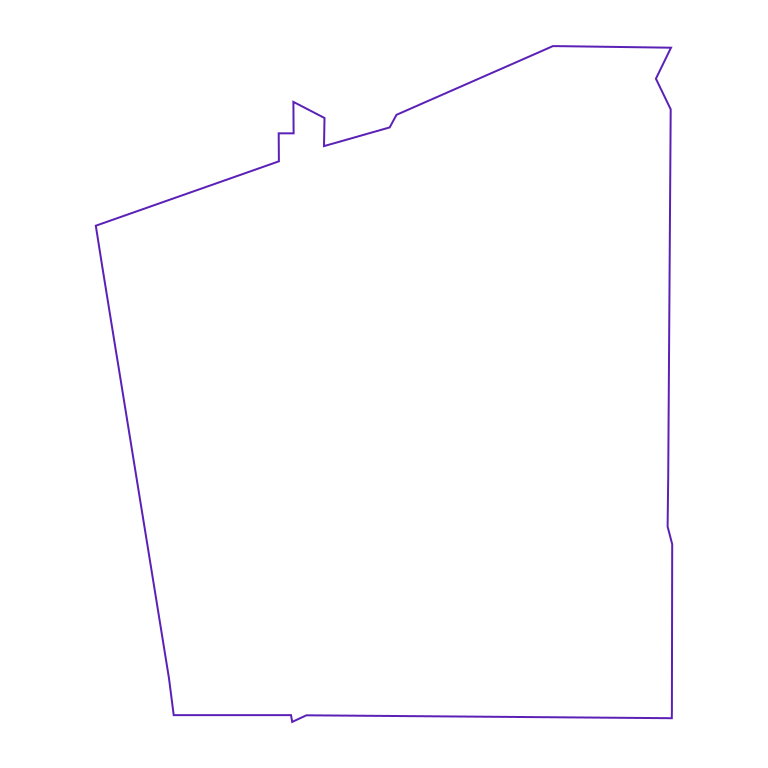 Troup, Georgia, United States of America (Natural Earth projection)
{"feature_id": "52423323B50058695847591", "entity_name": "Troup", "entity_type": "district", "adm_level": 2, "iso_a3": "USA", "parent_name": "United States of America", "parent_adm1": "Georgia", "projection": "natural_earth1", "projection_center": [-85.058, 33.046], "detail": "fine", "context": "isolated", "style": "outline", "palette": "violet", "viewbox_px": 768, "rotation_deg": 0, "n_neighbors": 0, "source": "geoboundaries", "source_scale": "gbopen_adm2", "svg_char_len": 482}
<svg xmlns="http://www.w3.org/2000/svg" viewBox="0 0 768 768"><path d="M102.2,266.2L116.1,352.1L118.3,365.4L140.6,503.1L147.9,547.9L169.0,678.4L173.7,715.1L291.0,715.1L292.2,721.9L306.4,715.3L671.8,718.2L671.9,710.9L672.2,544.2L667.6,526.6L668.2,478.5L670.7,109.3L655.9,78.7L671.0,47.7L563.3,46.2L552.9,46.1L396.5,114.8L389.7,127.4L324.0,146.1L324.5,118.0L293.4,101.9L293.6,133.3L278.7,133.3L278.9,161.3L95.8,225.7L102.2,266.2Z" fill="none" stroke="#5b21b6" stroke-width="2"/></svg>